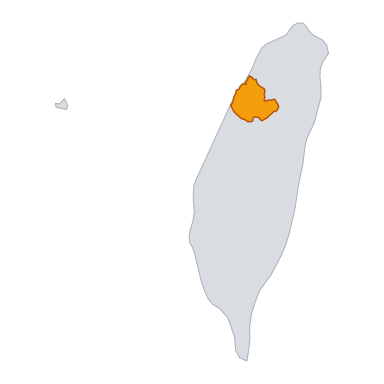 location of Miaoli within Taiwan
{"feature_id": "TWN-1165", "entity_name": "Miaoli", "entity_type": "County", "adm_level": 1, "iso_a3": "TWN", "parent_name": "Taiwan", "parent_adm1": "", "projection": "equal_earth", "projection_center": [120.946, 24.52], "detail": "fine", "context": "in_parent", "style": "filled", "palette": "amber", "viewbox_px": 384, "rotation_deg": 0, "n_neighbors": 0, "source": "natural_earth", "source_scale": "10m", "svg_char_len": 1866}
<svg xmlns="http://www.w3.org/2000/svg" viewBox="0 0 384 384"><path d="M259.6,290.5L255.0,302.4L251.2,314.9L249.7,326.8L249.8,339.0L248.7,350.0L246.9,361.0L239.5,357.8L235.6,350.0L234.6,337.2L229.3,321.7L227.3,317.2L219.7,308.6L212.7,304.2L207.4,297.8L208.1,298.4L204.1,289.8L201.1,280.6L194.9,254.6L192.8,248.3L189.9,242.6L189.1,237.0L190.1,230.7L192.8,221.3L194.4,211.8L193.2,198.9L193.7,186.2L195.7,180.5L231.2,103.1L240.8,86.7L246.7,78.6L251.6,69.5L256.3,58.0L262.0,47.5L266.1,44.3L286.3,34.8L292.6,25.8L297.6,23.0L303.3,23.2L307.0,27.5L310.3,32.6L313.8,35.3L322.8,40.3L326.7,45.1L328.5,53.4L323.1,61.3L320.4,68.4L319.9,76.2L320.9,86.8L321.0,97.5L314.3,122.5L307.0,138.1L305.0,145.9L302.8,165.2L298.5,184.6L294.9,209.3L288.9,234.7L285.5,245.3L281.3,255.5L271.1,274.7L259.6,290.5ZM64.5,98.7L67.8,105.4L66.4,109.5L56.1,107.3L55.5,103.3L59.4,104.0L64.5,98.7Z" fill="#d9dde1" stroke="#a8b0b8" stroke-width="1"/><path d="M230.6,105.4L232.6,102.6L233.2,101.2L233.4,98.9L234.0,96.9L235.7,93.3L236.2,91.1L236.6,90.2L238.6,89.5L239.1,88.8L239.4,87.9L239.8,87.0L241.0,85.5L242.3,84.3L243.9,83.8L246.0,84.3L245.7,82.4L246.5,81.1L247.5,79.8L248.0,77.8L248.3,77.1L249.3,76.5L249.4,76.1L251.4,77.0L252.6,77.9L253.4,79.2L254.6,79.8L255.9,79.4L256.0,79.4L257.2,83.2L258.3,84.7L260.1,86.3L263.5,88.3L264.6,89.4L264.8,91.3L264.7,92.6L264.5,93.8L264.2,94.9L264.5,95.9L264.8,97.3L264.4,98.9L264.2,100.7L265.3,101.0L267.5,100.3L269.5,100.1L270.8,100.3L274.4,99.2L275.8,100.6L276.2,102.1L277.2,103.2L278.5,105.9L278.6,107.6L277.6,108.5L277.1,110.5L275.7,111.2L274.2,111.2L273.0,112.2L271.7,113.7L270.0,114.9L266.7,118.1L264.7,119.1L262.2,120.7L260.6,120.0L259.2,118.0L257.5,117.2L254.7,116.9L253.1,118.1L252.9,120.6L251.4,121.6L247.9,121.8L244.6,119.5L242.7,119.1L240.6,117.9L236.3,114.0L234.5,112.1L233.2,110.3L230.6,105.4Z" fill="#f59e0b" stroke="#b45309" stroke-width="1.5"/></svg>